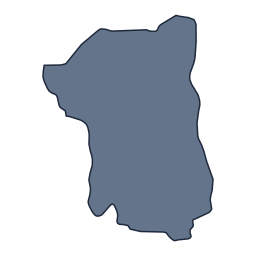 map outline of Nakhon Pathom (Equal Earth projection)
{"feature_id": "THA-418", "entity_name": "Nakhon Pathom", "entity_type": "Province", "adm_level": 1, "iso_a3": "THA", "parent_name": "Thailand", "parent_adm1": "", "projection": "equal_earth", "projection_center": [100.101, 13.917], "detail": "fine", "context": "isolated", "style": "filled", "palette": "slate", "viewbox_px": 256, "rotation_deg": 0, "n_neighbors": 0, "source": "natural_earth", "source_scale": "10m", "svg_char_len": 1839}
<svg xmlns="http://www.w3.org/2000/svg" viewBox="0 0 256 256"><path d="M176.0,15.4L179.6,16.3L188.5,17.6L194.0,19.7L195.2,22.2L196.0,24.3L196.1,41.7L195.0,57.4L194.6,59.7L193.6,63.6L190.2,72.9L189.7,76.4L189.8,79.4L191.4,83.8L192.6,86.1L194.8,89.4L195.3,90.5L196.1,91.8L196.8,92.8L197.6,94.2L198.5,96.4L199.6,100.5L199.8,103.2L199.8,105.4L198.6,111.1L197.0,122.8L197.7,135.0L198.2,137.6L198.6,139.0L201.6,145.1L203.6,150.4L206.8,161.9L213.0,179.2L212.2,190.2L210.9,195.0L210.2,199.9L211.7,209.0L210.3,211.3L208.6,212.7L193.3,219.8L192.7,220.2L192.6,220.9L193.2,224.6L193.2,225.9L192.7,226.9L192.0,227.7L191.2,228.4L190.6,229.3L190.1,230.4L190.0,231.7L190.1,233.1L190.9,235.4L191.0,236.7L190.1,237.9L188.4,238.8L177.7,239.9L176.3,240.4L174.9,240.6L173.7,240.4L171.0,238.4L168.5,235.8L166.2,232.7L163.1,232.0L140.7,231.5L130.2,229.1L128.0,225.6L123.7,224.6L119.4,224.3L117.7,223.3L117.0,221.7L117.1,220.1L117.6,216.7L117.7,215.0L117.3,212.7L116.4,210.0L114.4,205.5L113.0,204.3L111.8,204.1L109.9,205.7L102.7,214.0L101.5,215.0L100.0,215.7L97.4,216.2L95.7,215.6L94.1,214.3L92.1,211.5L89.3,206.1L88.6,204.1L88.2,202.3L88.3,200.8L89.8,194.9L90.3,191.7L90.4,189.9L90.4,188.1L89.8,184.5L89.3,182.3L89.0,180.5L89.0,178.9L90.1,173.1L92.0,166.5L92.3,164.8L92.4,159.5L92.1,157.6L91.7,155.5L90.3,151.0L89.0,144.3L89.0,142.6L89.2,136.5L89.1,133.5L88.1,128.4L87.2,125.9L86.3,124.3L83.7,121.8L82.7,121.2L80.4,120.0L69.4,116.5L66.3,116.1L65.3,110.9L60.2,107.4L59.0,105.0L57.3,97.1L56.2,95.1L54.5,93.9L52.5,93.4L49.1,91.0L47.2,88.0L44.6,82.2L43.6,79.3L43.0,76.8L43.3,71.2L44.2,65.3L61.0,65.0L65.9,63.7L81.5,44.4L98.3,30.3L100.5,29.0L101.5,28.9L105.7,29.3L110.5,30.8L112.3,31.1L146.4,29.8L149.9,31.1L153.9,31.4L155.9,31.1L157.2,30.1L157.8,28.9L158.3,27.6L159.1,26.3L160.0,25.3L161.4,24.2L176.0,15.4Z" fill="#64748b" stroke="#1e293b" stroke-width="1.5"/></svg>